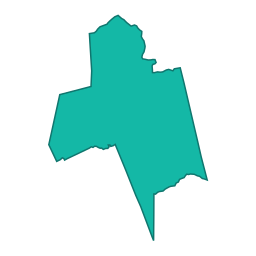 Santa Cruz, Rio Grande do Norte, Brazil
{"feature_id": "56859067B931800959564", "entity_name": "Santa Cruz", "entity_type": "district", "adm_level": 2, "iso_a3": "BRA", "parent_name": "Brazil", "parent_adm1": "Rio Grande do Norte", "projection": "mercator", "projection_center": [-35.999, -6.27], "detail": "fine", "context": "isolated", "style": "filled", "palette": "teal", "viewbox_px": 256, "rotation_deg": 0, "n_neighbors": 0, "source": "geoboundaries", "source_scale": "gbopen_adm2", "svg_char_len": 1476}
<svg xmlns="http://www.w3.org/2000/svg" viewBox="0 0 256 256"><path d="M48.8,144.7L56.7,161.4L60.4,159.6L62.3,157.8L63.9,158.6L64.6,160.1L67.1,158.7L89.2,148.2L91.3,146.8L93.0,147.4L94.6,146.2L96.6,146.4L98.2,147.4L100.1,148.2L101.7,148.1L103.3,149.4L105.5,148.5L107.8,148.4L109.1,146.8L108.3,145.0L110.0,145.0L110.8,146.4L113.2,145.7L115.2,144.4L125.8,170.2L135.8,195.4L140.7,206.5L152.1,236.8L153.6,240.6L153.8,215.8L153.9,194.0L155.6,194.1L157.6,192.3L159.2,191.6L163.1,191.0L165.3,189.0L169.3,186.8L170.9,186.3L174.8,185.8L176.2,183.0L178.4,182.0L179.5,179.4L181.9,178.4L184.1,177.6L185.3,175.8L186.7,174.2L188.6,174.5L190.3,174.0L194.3,174.3L197.4,175.8L199.6,176.3L202.3,178.5L204.2,178.9L207.2,180.0L201.2,156.9L197.5,140.8L193.6,124.2L184.0,83.0L180.2,67.8L176.1,68.5L174.3,68.8L172.9,70.8L168.7,69.4L166.3,70.0L162.7,71.9L160.3,72.2L157.5,71.9L154.2,72.7L152.5,72.6L152.4,69.6L152.1,66.0L152.8,64.4L154.9,63.8L156.1,62.5L155.0,59.6L152.9,59.5L150.8,59.9L148.2,60.0L145.2,59.3L142.8,58.9L141.8,57.3L142.6,54.2L144.0,51.9L144.9,48.0L145.1,46.2L143.9,40.8L142.6,39.1L141.3,36.6L141.7,33.8L141.8,31.4L139.6,29.9L137.8,28.0L136.6,25.9L134.5,25.0L131.1,26.1L126.7,22.6L125.1,21.0L123.9,19.7L121.8,18.6L120.4,17.4L118.1,15.4L114.8,16.8L111.7,19.3L109.7,21.1L107.9,22.9L107.0,24.2L100.0,26.8L97.7,29.1L96.2,31.3L94.3,32.8L89.4,33.6L90.0,43.7L91.5,67.8L91.7,70.9L91.0,86.5L59.8,94.6L55.9,112.4L51.6,132.0L48.8,144.7Z" fill="#14b8a6" stroke="#0f766e" stroke-width="1.5"/></svg>